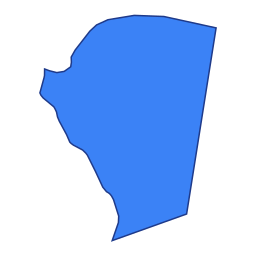 the border of Saint James
{"feature_id": "JAM-1374", "entity_name": "Saint James", "entity_type": "Parish", "adm_level": 1, "iso_a3": "JAM", "parent_name": "Jamaica", "parent_adm1": "", "projection": "albers", "projection_center": [-77.932, 18.36], "detail": "fine", "context": "isolated", "style": "filled", "palette": "blue", "viewbox_px": 256, "rotation_deg": 0, "n_neighbors": 0, "source": "natural_earth", "source_scale": "10m", "svg_char_len": 622}
<svg xmlns="http://www.w3.org/2000/svg" viewBox="0 0 256 256"><path d="M44.6,69.0L49.6,70.8L56.8,72.6L64.2,71.4L70.7,66.8L71.4,62.3L71.2,57.1L75.2,50.0L89.9,31.1L96.6,24.9L108.0,19.7L134.2,15.4L163.9,16.5L216.1,27.9L215.9,29.1L186.6,214.0L112.2,240.6L118.4,222.6L118.7,216.1L113.5,199.6L111.6,196.1L110.6,194.8L109.5,193.6L108.1,192.6L106.5,191.7L102.8,187.2L95.7,171.9L87.4,155.2L85.8,153.1L82.6,150.0L73.5,145.2L71.2,143.5L69.8,142.1L66.6,134.7L59.3,121.2L57.5,116.9L56.5,112.0L54.9,108.6L53.8,106.8L43.2,98.0L41.0,95.3L39.9,92.9L44.1,77.5L44.5,75.5L44.6,69.0Z" fill="#3b82f6" stroke="#1e3a8a" stroke-width="1.5"/></svg>